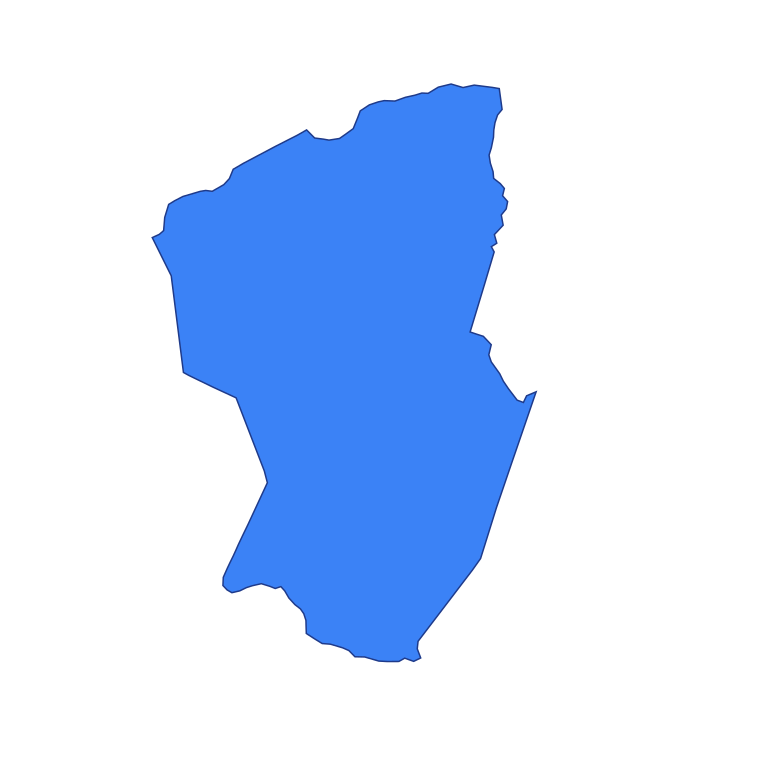 Palmeira dos Índios, Alagoas, Brazil, rotated 64°
{"feature_id": "56859067B22177061917050", "entity_name": "Palmeira dos Índios", "entity_type": "district", "adm_level": 2, "iso_a3": "BRA", "parent_name": "Brazil", "parent_adm1": "Alagoas", "projection": "mercator", "projection_center": [-36.61, -9.412], "detail": "fine", "context": "isolated", "style": "filled", "palette": "blue", "viewbox_px": 768, "rotation_deg": 64, "n_neighbors": 0, "source": "geoboundaries", "source_scale": "gbopen_adm2", "svg_char_len": 1742}
<svg xmlns="http://www.w3.org/2000/svg" viewBox="0 0 768 768"><g transform="rotate(64 384 384)"><path d="M169.0,150.9L165.0,156.5L154.9,171.9L152.2,183.0L143.8,192.2L142.5,198.2L141.0,205.1L142.1,216.9L139.1,222.4L138.0,229.5L135.7,239.1L134.5,250.1L129.4,259.6L127.9,265.6L126.7,274.8L128.1,285.6L133.3,291.1L141.0,299.7L142.8,309.9L143.8,316.4L140.7,326.5L137.3,331.2L132.5,338.5L121.7,342.2L122.4,353.0L122.8,376.8L124.0,413.4L124.9,425.4L131.6,432.9L134.6,440.6L135.5,453.9L131.9,459.4L130.3,464.7L127.3,482.5L127.5,491.7L128.2,498.8L138.2,508.1L149.5,514.8L151.0,520.4L150.8,528.1L193.5,527.8L244.3,545.1L285.7,559.2L290.8,555.6L296.3,551.3L311.7,539.2L331.6,523.0L409.7,529.7L421.6,532.1L450.7,567.9L458.4,577.7L464.4,585.2L468.7,590.3L472.4,594.8L476.6,600.2L480.5,605.1L487.3,613.2L494.5,617.1L500.3,615.3L504.9,612.2L506.7,604.3L506.7,596.9L507.6,590.7L509.7,581.8L515.8,575.3L520.1,571.4L520.9,565.5L526.5,563.9L534.7,563.3L543.2,560.8L549.5,557.7L555.3,556.8L562.3,557.8L567.5,560.2L574.2,563.2L582.8,558.0L590.2,553.3L594.3,546.3L603.0,536.8L608.2,532.4L616.4,529.7L620.9,521.0L630.7,510.2L635.0,502.5L639.9,492.3L639.5,485.6L646.3,478.9L646.3,471.1L636.6,470.2L630.2,466.2L590.0,386.1L583.2,373.7L544.4,337.1L509.7,302.6L498.5,291.4L457.7,250.7L457.1,261.0L461.7,266.8L456.9,271.4L442.9,274.2L433.8,275.5L425.5,275.5L411.2,277.9L403.7,277.0L395.7,270.4L384.7,273.8L379.9,278.8L375.0,283.8L338.3,249.8L313.6,227.1L307.6,227.3L306.9,220.9L298.1,219.3L293.5,207.3L283.5,204.5L280.2,197.4L274.2,192.9L266.8,194.9L261.0,190.1L255.0,191.6L247.3,195.3L241.0,192.9L232.1,191.6L224.3,189.2L218.8,184.0L210.2,177.4L203.9,174.0L197.8,169.7L192.0,164.0L189.0,157.5L169.0,150.9Z" fill="#3b82f6" stroke="#1e3a8a" stroke-width="1.5"/></g></svg>